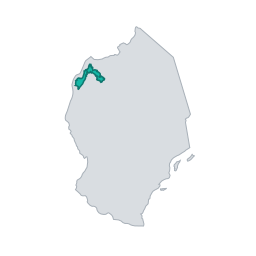 Uvinza, Kigoma, United Republic of Tanzania shown in context, rotated 41°
{"feature_id": "72390352B15676475935925", "entity_name": "Uvinza", "entity_type": "district", "adm_level": 2, "iso_a3": "TZA", "parent_name": "United Republic of Tanzania", "parent_adm1": "Kigoma", "projection": "robinson", "projection_center": [30.139, -5.704], "detail": "fine", "context": "in_parent", "style": "filled", "palette": "teal", "viewbox_px": 256, "rotation_deg": 41, "n_neighbors": 0, "source": "geoboundaries", "source_scale": "gbopen_adm2", "svg_char_len": 7666}
<svg xmlns="http://www.w3.org/2000/svg" viewBox="0 0 256 256"><g transform="rotate(41 128 128)"><path d="M101.1,175.4L98.9,174.0L96.9,173.2L95.2,172.3L94.5,171.5L92.9,171.1L91.6,171.0L90.4,170.2L87.8,169.9L87.5,169.3L87.5,168.1L87.0,167.8L86.1,167.5L85.1,167.5L84.5,167.7L84.1,167.6L83.3,166.9L82.5,166.0L82.2,164.6L81.1,163.7L79.7,162.9L76.0,163.0L75.4,162.8L74.5,162.1L73.5,160.9L72.6,159.5L71.9,157.6L71.1,155.1L66.8,145.1L66.4,143.3L65.6,141.2L64.2,138.6L62.7,136.7L60.8,134.9L58.5,133.2L57.3,132.1L55.0,127.4L54.5,125.2L54.2,122.9L54.3,121.9L55.8,119.0L55.9,118.2L55.7,117.1L55.0,114.7L54.1,111.9L52.3,106.7L52.0,105.4L52.0,104.4L53.1,99.2L53.1,98.4L57.4,98.5L60.5,96.2L63.3,92.8L63.8,91.3L64.9,89.1L66.0,88.0L66.5,87.3L67.1,85.1L68.5,83.6L69.9,82.4L69.6,81.6L69.8,81.3L70.6,80.7L72.1,80.2L72.4,79.0L72.4,77.7L72.1,77.0L72.2,76.2L72.0,75.7L71.0,75.6L69.5,74.9L68.3,74.6L67.5,74.3L67.2,74.0L67.1,73.2L67.8,71.2L67.1,70.4L68.6,67.0L68.9,66.6L69.4,66.6L70.3,66.2L71.1,66.0L71.7,66.2L72.2,66.0L72.6,65.7L73.0,64.5L73.3,62.6L73.1,61.1L72.5,59.9L72.3,58.1L72.6,55.7L72.4,53.6L71.7,52.0L71.0,51.0L69.9,50.6L68.2,48.1L67.7,46.9L67.8,46.2L68.4,45.9L69.5,46.0L70.5,45.7L71.4,45.0L72.4,44.8L72.8,44.9L115.8,44.9L166.0,76.6L166.2,77.0L166.6,79.7L166.5,80.7L165.7,82.2L165.5,83.1L165.5,83.6L165.7,83.9L166.3,83.9L166.9,84.3L167.1,84.6L167.5,85.8L168.1,86.4L187.1,102.0L187.5,102.2L187.2,103.5L186.2,106.7L186.1,108.0L185.7,109.5L185.3,110.6L184.1,115.0L183.2,116.7L181.9,120.6L181.7,123.6L182.4,125.7L182.7,127.6L184.1,129.5L185.3,130.2L186.1,131.1L187.5,133.1L188.3,135.1L190.8,136.1L191.8,138.4L191.4,139.9L190.2,141.2L189.1,143.3L188.2,146.0L188.2,150.2L188.8,149.6L190.1,150.6L190.3,153.7L188.9,157.3L188.4,159.0L188.4,160.4L189.3,164.7L190.8,166.9L190.7,167.6L190.3,168.2L192.9,172.0L192.7,175.4L193.6,178.0L194.0,180.3L194.7,182.0L194.8,183.2L194.0,184.6L195.9,184.9L197.0,186.0L197.5,187.0L198.9,187.0L199.6,187.7L200.6,188.3L203.0,190.0L203.6,190.9L204.0,191.8L197.5,197.3L195.1,198.7L193.4,199.4L191.6,199.7L189.9,200.6L188.3,202.0L186.3,202.7L183.8,202.7L181.1,203.6L177.0,206.5L174.6,204.9L172.7,204.4L170.5,204.5L169.2,204.7L168.7,205.0L168.3,206.0L167.9,207.6L166.5,209.1L164.0,210.6L161.7,211.1L159.6,210.7L158.2,210.1L157.4,209.3L156.4,208.9L154.9,208.9L153.5,209.5L152.2,210.7L150.1,211.2L147.2,211.0L145.6,210.5L145.4,209.5L144.1,208.4L141.8,207.1L140.1,207.1L139.0,208.3L138.0,209.1L137.1,209.4L136.3,209.5L135.1,209.1L131.9,209.0L128.8,209.0L128.5,207.3L127.9,206.2L127.4,205.5L126.3,205.4L126.0,204.9L125.7,203.8L125.2,202.8L124.5,202.1L124.1,201.3L123.9,200.7L124.1,199.9L124.7,198.1L124.9,196.9L124.8,195.6L124.5,194.3L123.8,192.7L123.9,192.3L123.6,191.2L123.6,190.5L123.8,189.5L123.6,188.3L123.0,185.7L123.0,185.0L122.4,183.8L120.3,180.8L120.2,180.4L117.1,177.4L115.8,176.7L115.4,177.3L115.2,177.8L115.3,178.8L115.2,179.3L115.1,179.5L114.4,179.4L113.9,179.3L112.7,178.5L111.7,178.3L109.4,178.5L108.6,178.7L108.0,178.5L106.7,177.1L105.3,176.8L104.0,176.7L101.9,175.2L101.1,175.4ZM191.2,125.2L192.2,128.5L192.1,129.1L191.3,129.5L190.9,129.5L190.5,129.0L190.2,127.9L189.6,128.1L188.7,126.8L187.7,126.7L186.9,125.2L187.2,123.8L187.0,121.4L188.1,120.2L188.7,118.2L189.3,119.6L189.4,121.7L190.3,124.3L191.2,125.2ZM196.3,105.5L196.4,106.3L196.2,107.0L196.2,109.4L196.1,110.9L195.3,113.1L194.7,113.9L194.1,113.6L193.7,113.3L193.3,112.7L194.1,108.7L193.7,105.8L195.2,106.1L196.3,105.5ZM194.0,153.2L193.2,153.4L192.9,153.2L192.5,152.5L193.3,152.0L194.1,150.9L195.8,149.3L196.7,148.1L196.5,149.3L195.5,152.0L194.7,152.2L194.0,153.2Z" fill="#d9dde1" stroke="#a8b0b8" stroke-width="1"/><path d="M77.4,111.3L77.4,110.9L77.5,110.9L77.8,110.9L78.0,110.7L77.9,110.4L77.7,110.2L77.7,109.9L78.0,109.7L77.9,109.4L77.8,109.2L77.8,108.7L78.2,108.0L78.3,107.8L78.4,107.4L78.5,107.2L78.4,106.9L78.2,106.9L77.9,106.7L77.8,106.4L77.7,106.5L77.5,106.4L77.5,106.5L77.4,106.4L77.3,106.5L77.1,106.5L76.9,106.7L76.4,106.4L76.3,106.1L76.2,106.1L75.8,106.1L75.3,106.3L75.2,106.4L74.9,106.3L74.7,106.4L74.7,106.5L74.4,106.5L74.3,106.3L74.0,106.3L73.9,106.3L73.7,106.6L73.8,106.7L73.6,106.8L73.6,107.0L73.6,106.9L73.5,107.2L73.6,107.5L73.6,108.0L73.3,108.3L73.0,108.4L72.6,108.4L72.6,108.0L72.6,107.1L72.4,106.3L71.9,105.8L71.7,105.5L71.4,105.4L70.9,105.2L70.2,105.2L69.8,105.2L69.0,105.2L68.7,105.3L68.3,105.3L67.8,105.7L67.5,105.8L67.5,105.7L67.2,105.5L67.1,105.3L67.1,105.0L67.0,104.8L66.5,105.0L66.4,105.1L65.8,105.3L65.4,105.6L64.8,105.7L64.2,106.9L63.8,107.3L63.7,107.7L63.3,107.3L62.9,106.8L62.7,106.7L61.9,105.9L61.8,105.6L61.6,105.5L61.5,105.4L61.1,105.4L61.0,105.5L60.9,105.7L61.0,105.8L61.1,106.0L61.1,106.3L60.5,106.2L60.2,106.1L59.9,105.9L59.8,105.7L59.6,105.4L59.1,105.3L59.1,105.2L58.9,105.3L59.0,105.4L58.9,105.6L58.5,105.5L58.4,105.2L58.5,104.9L58.4,104.7L58.5,104.5L58.4,104.4L58.3,104.5L58.1,104.8L58.0,104.7L57.9,104.6L57.7,104.7L57.7,104.9L57.3,105.0L57.2,105.2L57.2,105.3L57.4,105.4L57.5,105.7L57.6,106.5L57.8,106.5L58.1,106.9L58.1,107.1L58.3,107.2L58.3,107.4L58.1,107.6L58.2,107.8L58.4,108.0L58.6,108.2L58.7,108.7L58.8,108.8L58.9,109.2L58.8,109.7L58.8,109.8L58.8,110.0L58.8,110.3L58.7,110.4L58.8,110.5L58.7,110.6L58.7,110.8L58.7,111.2L58.4,111.2L58.3,111.3L58.5,111.3L58.5,111.5L58.4,111.5L58.4,111.9L58.4,112.1L58.1,112.6L58.1,112.8L58.1,113.0L57.9,113.1L57.8,113.3L57.8,113.7L57.9,113.9L58.0,114.1L57.8,114.1L58.0,114.4L58.3,114.6L58.5,114.9L58.6,115.0L58.8,115.2L58.9,115.4L59.1,115.5L59.1,115.8L59.3,116.3L59.5,116.5L59.7,117.1L59.7,117.3L59.9,117.7L60.2,118.4L60.4,118.7L60.6,119.3L60.7,120.2L60.6,120.9L60.5,121.1L60.4,121.2L60.1,121.4L59.9,121.4L59.8,121.7L59.6,121.7L59.5,121.9L59.4,121.9L59.2,122.1L59.0,122.3L58.9,122.5L58.7,122.5L58.6,122.4L58.7,122.5L58.6,122.3L58.4,122.3L58.1,122.6L57.9,122.7L57.7,123.0L57.6,123.6L57.5,123.8L57.6,124.0L57.5,124.3L57.6,124.7L57.6,124.9L57.7,125.1L57.7,125.3L57.7,125.6L57.6,125.8L57.5,126.0L57.5,126.3L57.7,126.2L57.6,126.4L57.8,126.7L57.9,126.8L58.4,127.5L58.8,128.1L58.9,128.3L59.0,128.4L59.3,128.7L59.4,129.0L59.6,129.1L59.8,129.3L60.0,129.4L60.2,129.6L60.5,129.7L60.5,129.8L60.7,130.0L60.6,130.3L61.3,129.9L62.0,129.6L62.7,129.5L63.2,129.4L63.7,130.2L64.5,131.1L64.6,131.3L64.8,131.3L64.8,131.0L64.9,130.9L65.0,130.9L64.9,130.7L65.1,130.6L65.1,130.4L65.2,130.2L64.9,129.7L64.9,129.4L64.8,128.9L64.9,127.9L64.8,127.2L64.8,126.1L64.7,125.7L64.8,125.1L64.8,124.5L64.7,124.1L64.4,123.2L64.2,122.6L64.2,122.4L63.8,121.8L63.8,121.7L63.9,121.4L63.9,121.1L63.8,120.5L63.7,120.0L63.8,119.9L63.7,119.6L63.7,119.4L63.4,119.1L63.4,118.8L63.3,118.3L63.1,118.1L63.0,117.9L62.5,117.3L62.4,116.9L62.5,116.7L62.4,116.3L62.5,116.2L62.3,116.1L62.3,115.9L62.2,115.9L62.1,116.0L62.0,115.9L61.9,115.9L61.6,115.9L61.6,115.7L61.7,115.4L61.6,115.5L61.4,115.4L61.5,115.4L61.6,115.2L61.5,115.3L61.4,115.2L61.8,114.7L61.8,114.4L61.9,114.1L61.5,113.8L61.2,113.8L60.9,113.5L60.6,113.2L60.4,112.6L60.1,112.3L59.9,112.0L61.1,112.3L62.1,112.3L62.4,112.2L62.6,111.6L62.5,111.4L62.6,110.9L62.7,109.9L62.9,109.8L63.3,109.9L63.6,109.9L63.6,110.2L63.5,110.4L63.6,110.6L64.4,110.4L64.6,109.6L65.5,109.5L66.1,109.5L67.4,109.2L67.6,109.2L67.7,109.3L67.8,109.3L68.1,109.2L68.6,109.3L68.9,109.2L69.0,109.3L68.9,109.6L68.9,109.8L69.6,110.0L69.8,109.7L70.2,109.6L70.3,109.5L70.3,109.3L70.4,109.1L70.6,109.0L70.8,109.0L71.0,109.7L71.2,109.8L71.3,110.0L71.4,110.3L71.5,110.3L71.7,110.5L71.8,110.7L72.1,110.9L72.3,110.9L72.3,111.0L72.6,111.0L72.6,111.4L72.6,111.5L72.6,111.9L72.7,112.0L72.8,112.0L73.0,111.9L73.7,111.8L73.8,111.6L74.6,111.4L74.8,111.2L75.0,111.0L75.3,110.9L75.5,110.9L75.3,110.9L75.2,110.8L75.3,110.7L75.6,110.7L75.6,110.8L75.9,110.9L76.3,111.0L76.7,111.1L76.8,111.2L77.4,111.3Z" fill="#14b8a6" stroke="#0f766e" stroke-width="1.5"/></g></svg>